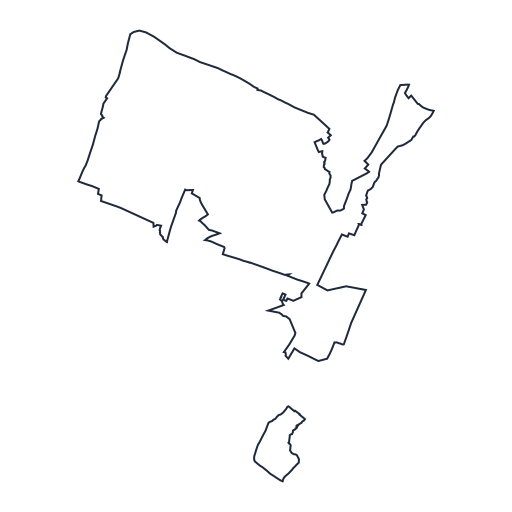 the district of San Martín de las Pirámides, México, Mexico
{"feature_id": "50627088B75839204947328", "entity_name": "San Martín de las Pirámides", "entity_type": "district", "adm_level": 2, "iso_a3": "MEX", "parent_name": "Mexico", "parent_adm1": "México", "projection": "mercator", "projection_center": [-98.819, 19.696], "detail": "fine", "context": "isolated", "style": "outline", "palette": "slate", "viewbox_px": 512, "rotation_deg": 0, "n_neighbors": 0, "source": "geoboundaries", "source_scale": "gbopen_adm2", "svg_char_len": 5996}
<svg xmlns="http://www.w3.org/2000/svg" viewBox="0 0 512 512"><path d="M364.5,160.9L368.3,164.6L364.8,168.5L368.4,171.1L369.1,171.8L366.7,173.4L352.1,180.9L352.0,181.6L351.4,184.1L350.8,188.2L350.4,189.9L348.7,193.4L346.9,198.6L346.1,200.6L344.0,206.0L343.9,208.5L343.7,208.8L340.8,210.4L339.5,210.6L337.5,210.5L336.1,211.0L333.7,212.3L332.2,212.6L324.7,199.2L324.3,194.8L326.5,190.5L327.1,188.8L329.4,184.0L329.8,181.1L329.8,179.5L330.6,177.6L330.5,177.2L330.6,175.6L329.3,173.5L329.5,171.9L328.0,171.2L327.3,170.6L325.0,169.2L324.8,168.2L323.7,167.0L323.9,165.7L323.9,165.3L324.6,164.0L324.2,163.7L324.5,162.5L324.5,161.9L324.3,161.8L324.8,161.2L325.4,159.6L325.4,159.1L325.6,157.9L322.7,156.7L322.4,154.6L322.2,154.5L322.1,153.4L322.3,151.2L318.8,152.0L317.6,149.6L314.6,142.2L316.6,141.2L319.0,140.3L321.1,139.0L322.0,140.3L323.0,143.1L323.3,143.7L323.6,143.9L324.0,143.9L325.8,143.1L327.0,142.3L328.1,141.5L328.8,140.7L329.5,139.7L328.1,137.7L330.8,135.3L327.6,132.4L328.1,131.7L329.4,128.9L313.9,114.7L308.0,112.9L294.3,107.3L289.6,104.7L287.5,103.6L285.7,102.9L281.3,100.5L279.1,99.7L277.0,98.7L274.7,97.3L267.5,93.7L263.3,91.8L261.2,90.6L257.4,89.9L257.6,88.5L254.2,87.0L249.1,83.5L240.7,78.6L236.1,76.3L233.2,75.0L230.9,74.2L225.1,71.5L222.7,70.5L218.5,68.4L217.5,68.0L200.0,62.1L194.3,59.2L176.7,52.7L169.5,48.1L164.7,44.2L154.0,36.7L146.0,32.4L139.9,30.7L138.9,30.7L133.7,32.0L130.3,34.2L127.9,43.3L126.6,50.0L125.3,53.7L123.2,59.9L119.8,72.2L120.0,72.3L118.2,78.3L117.6,79.2L106.1,95.9L105.7,97.4L107.1,98.3L103.4,103.7L103.0,106.1L100.9,114.0L101.1,114.3L101.6,114.7L102.3,115.7L102.3,116.2L102.3,116.7L103.7,117.8L100.9,119.2L100.9,119.6L99.7,120.7L99.3,121.2L99.0,121.8L98.2,125.6L97.5,128.6L96.1,133.2L95.2,135.9L92.8,144.9L90.3,152.2L87.7,160.3L86.6,163.1L85.8,165.3L84.0,168.3L82.6,171.2L79.5,178.7L78.3,181.3L80.0,182.0L87.9,184.8L91.9,186.0L98.8,188.9L98.0,193.9L101.6,195.4L101.0,201.0L117.3,206.6L121.1,208.1L152.8,222.6L153.4,222.9L153.6,226.7L155.9,225.8L156.9,224.9L161.1,225.7L160.1,228.2L159.6,230.1L160.0,230.9L160.1,231.3L160.0,231.7L160.0,232.0L159.9,232.3L159.9,232.6L160.1,233.0L160.1,234.2L160.7,234.8L160.9,235.2L162.0,236.2L162.3,236.8L162.8,237.0L163.0,237.5L163.1,238.7L163.5,239.4L166.3,241.7L167.0,242.0L167.1,241.0L169.9,230.5L171.3,225.9L176.0,212.7L176.1,210.8L180.0,202.4L181.7,197.8L185.2,189.6L186.4,190.2L192.9,190.0L191.8,193.4L199.7,198.0L199.9,200.0L200.9,202.5L202.3,205.1L207.9,214.4L205.6,216.2L202.8,217.8L200.1,219.6L199.1,220.6L200.6,221.3L201.4,222.1L201.9,222.7L204.4,224.9L206.9,227.6L208.9,229.9L212.0,230.5L219.6,233.3L217.6,234.1L211.5,236.1L209.0,237.3L207.2,238.3L205.1,240.1L207.5,240.4L211.5,241.6L217.8,244.5L224.0,246.9L224.6,248.1L222.8,254.2L228.1,255.9L236.0,258.2L239.8,259.4L243.3,260.8L246.5,261.6L249.1,262.5L249.1,262.3L249.9,262.5L266.2,268.3L272.2,270.6L281.3,273.6L284.8,274.9L285.4,274.9L286.5,274.6L289.0,274.4L287.2,275.6L297.3,279.6L303.1,281.4L308.7,283.3L309.2,283.6L301.4,293.5L301.5,297.1L293.4,300.8L287.5,298.5L286.3,300.9L283.1,299.6L283.8,298.4L285.5,294.6L282.6,293.4L280.8,297.2L281.1,297.3L280.0,299.5L282.2,301.4L282.4,302.8L283.1,304.4L283.7,305.0L268.3,310.6L279.2,312.7L279.8,313.0L280.4,313.7L281.3,314.0L283.1,315.9L286.1,316.4L289.6,319.1L295.4,333.0L294.6,335.6L289.2,344.6L283.9,352.1L285.5,352.5L285.9,354.5L285.5,355.7L288.3,358.7L294.4,348.4L300.1,352.3L306.4,355.1L317.3,360.5L318.4,361.0L327.1,358.7L329.7,353.9L332.2,348.3L334.5,342.4L335.2,342.6L336.1,342.4L336.8,342.4L339.3,343.4L340.4,343.5L341.7,344.2L342.4,344.4L343.0,344.5L343.8,344.3L346.4,337.1L351.2,322.9L365.9,290.0L346.2,286.3L327.4,290.4L317.3,284.9L333.5,250.9L336.2,245.9L338.2,241.7L341.9,234.5L347.6,236.7L348.9,233.4L354.3,235.2L359.0,224.6L359.0,224.4L358.8,224.0L359.2,224.0L361.4,225.0L361.5,225.0L361.5,224.7L361.3,223.9L365.7,215.1L362.3,213.3L363.9,209.5L362.2,204.9L366.1,204.7L367.2,202.5L367.0,201.9L366.7,201.7L366.3,199.4L367.2,198.0L366.9,197.0L366.1,195.6L366.9,193.4L367.0,192.7L367.9,190.6L370.5,189.2L372.6,187.2L374.6,182.1L375.9,181.1L377.9,178.1L378.4,177.6L379.1,175.0L378.9,174.0L379.3,171.9L380.9,165.2L381.1,164.6L395.5,148.8L397.8,146.5L399.9,146.0L402.4,145.3L403.5,144.8L404.7,144.2L411.3,140.0L413.3,136.5L414.1,136.6L415.3,135.3L417.3,131.5L419.8,127.7L421.1,126.0L422.1,124.4L423.7,122.3L425.8,120.2L428.2,118.5L429.7,117.3L431.0,115.8L432.7,112.9L433.7,110.8L429.2,109.9L424.7,108.2L422.8,107.3L421.2,106.1L418.9,104.0L417.8,103.9L411.2,95.6L408.6,98.2L406.4,95.4L404.9,93.0L406.4,90.5L408.0,87.3L409.0,84.7L407.6,84.6L400.3,85.1L397.8,90.1L395.2,97.2L394.3,100.5L394.0,102.2L393.1,104.3L389.7,116.2L387.8,122.3L386.6,125.7L384.8,129.0L381.6,134.6L371.7,152.4L367.6,157.9L366.7,158.9L364.5,160.9ZM288.4,406.3L287.1,407.1L286.6,408.3L285.7,409.5L283.2,412.5L280.7,414.5L279.1,414.9L278.4,415.3L276.8,416.9L275.4,418.8L274.6,419.3L273.4,419.7L273.2,420.1L272.0,421.1L269.8,421.9L268.6,422.8L268.3,423.3L265.4,431.0L263.7,434.0L259.0,443.2L258.2,444.2L257.4,446.3L255.7,451.4L255.1,453.7L254.3,455.9L254.1,458.0L254.2,459.8L254.7,461.2L256.0,462.4L259.7,465.5L262.2,467.0L266.6,470.5L270.4,473.9L272.4,475.1L280.0,480.1L282.6,481.3L283.5,478.5L284.1,477.5L285.3,476.2L286.8,474.9L288.3,473.7L292.0,469.8L293.6,467.7L294.9,466.6L296.3,465.0L298.7,462.7L298.9,460.8L298.9,459.1L297.1,455.6L296.6,455.0L295.6,454.4L294.2,454.3L292.7,453.6L291.6,452.8L291.4,452.6L290.7,451.3L290.1,450.5L290.1,449.7L290.4,448.0L290.4,446.9L290.7,445.7L290.6,445.2L290.5,444.8L290.0,444.2L288.8,443.4L288.5,442.7L289.1,442.4L289.2,440.5L289.7,436.8L289.7,435.3L290.5,434.5L292.0,434.2L292.8,432.4L293.0,430.8L293.2,430.3L293.6,430.0L294.3,429.9L295.4,429.2L295.6,428.9L295.7,428.2L296.5,428.1L296.9,427.7L297.0,427.4L297.0,426.8L296.8,426.5L296.5,426.3L296.5,425.7L297.2,425.2L297.8,425.5L298.1,425.5L298.5,424.6L301.6,422.7L301.7,422.3L302.3,421.5L304.0,420.5L305.0,419.1L299.5,414.6L299.7,414.2L295.0,410.7L294.5,411.2L293.7,410.7L289.6,407.2L288.4,406.3Z" fill="none" stroke="#1e293b" stroke-width="2"/></svg>